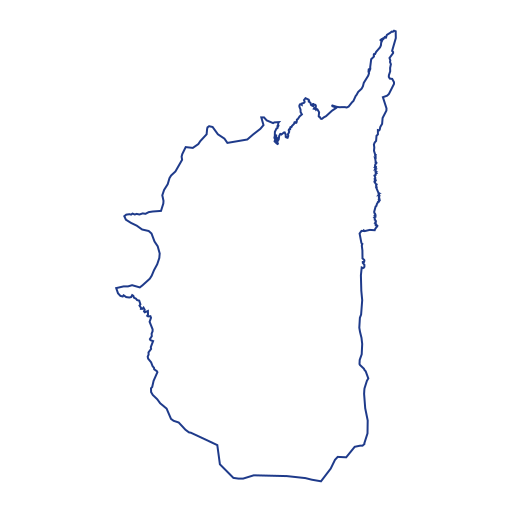 Rutshuru, Nord-Kivu, Democratic Republic of the Congo (Natural Earth projection)
{"feature_id": "63176286B25642850349509", "entity_name": "Rutshuru", "entity_type": "district", "adm_level": 2, "iso_a3": "COD", "parent_name": "Democratic Republic of the Congo", "parent_adm1": "Nord-Kivu", "projection": "natural_earth1", "projection_center": [29.515, -0.961], "detail": "fine", "context": "isolated", "style": "outline", "palette": "blue", "viewbox_px": 512, "rotation_deg": 0, "n_neighbors": 0, "source": "geoboundaries", "source_scale": "gbopen_adm2", "svg_char_len": 6061}
<svg xmlns="http://www.w3.org/2000/svg" viewBox="0 0 512 512"><path d="M162.3,195.3L163.5,200.9L163.3,203.6L161.0,210.9L152.8,211.5L148.8,212.1L145.5,213.8L142.7,213.4L139.4,214.5L136.6,213.9L134.8,214.5L132.5,213.6L131.1,214.6L129.5,214.2L126.3,214.6L124.3,216.2L125.9,219.7L131.0,222.9L136.8,225.7L142.1,229.5L148.7,231.0L151.5,233.5L154.5,241.5L157.7,246.3L159.7,253.5L159.3,258.0L157.2,264.3L154.0,270.2L151.7,275.7L149.8,278.7L142.4,285.4L139.8,287.4L132.1,285.2L128.0,286.4L123.6,286.4L116.2,288.1L118.0,293.3L120.4,295.9L122.7,296.5L123.6,295.3L126.2,297.1L129.3,297.5L131.1,297.1L132.2,295.1L133.3,295.8L134.0,297.7L136.0,298.7L137.1,300.1L139.2,300.6L140.4,304.3L139.5,305.6L141.0,307.8L140.9,308.9L142.3,308.9L143.5,307.6L144.7,309.8L144.0,311.4L144.8,312.3L147.9,311.0L148.0,314.6L147.2,315.8L148.1,316.4L150.4,316.2L151.0,317.8L149.6,321.8L152.6,329.3L152.6,331.2L151.6,333.7L151.8,336.2L149.9,339.1L150.5,340.2L153.1,341.1L150.8,347.1L151.1,348.9L148.5,352.4L148.6,354.6L147.7,356.6L148.1,358.6L151.1,362.3L152.6,366.2L154.0,367.8L154.2,369.3L156.9,371.2L157.4,372.2L153.6,380.8L152.2,387.0L151.0,388.3L151.1,392.1L152.8,395.0L157.2,399.2L160.2,403.3L166.6,408.6L171.0,418.9L173.6,420.8L178.7,422.5L185.4,429.7L189.0,432.4L190.8,432.7L217.3,445.1L219.9,464.3L233.4,477.9L238.5,478.6L243.1,478.6L253.8,475.3L286.9,476.1L305.4,478.1L311.8,479.7L321.0,481.3L330.7,468.6L335.0,459.8L337.7,456.9L346.2,457.3L354.7,446.8L360.0,445.7L362.5,445.7L364.4,444.0L364.4,443.1L367.5,433.4L367.7,420.5L365.2,408.2L364.1,393.9L364.3,390.2L364.5,388.4L366.9,380.8L368.3,378.4L365.7,371.3L364.5,370.0L363.9,368.7L359.9,364.9L359.5,364.0L359.7,359.9L361.7,354.3L362.2,344.0L361.5,337.9L360.0,331.8L359.3,327.7L359.9,317.7L361.1,314.6L362.2,300.2L361.3,290.7L360.9,275.3L361.7,267.5L363.0,268.1L363.9,267.6L364.4,266.8L364.4,264.8L362.8,262.9L362.8,262.0L364.1,261.9L364.4,260.6L364.2,259.9L362.5,258.4L362.4,250.4L361.8,245.7L362.3,244.0L361.8,243.8L361.3,242.5L359.6,233.5L361.5,230.9L363.5,231.0L363.8,230.4L364.7,231.1L369.7,229.9L374.7,230.2L375.0,229.3L376.6,226.9L377.2,226.5L377.4,225.8L376.6,225.1L376.1,225.4L375.7,225.1L375.9,224.5L375.6,224.4L375.7,223.5L375.0,223.1L375.9,221.9L375.6,221.5L375.8,220.9L375.0,219.8L374.8,219.1L375.1,218.5L374.7,218.8L374.6,217.7L374.3,217.4L375.5,216.8L375.4,216.0L374.8,215.4L375.5,215.0L375.1,213.8L374.3,212.8L374.2,211.7L375.6,206.5L376.4,205.9L376.9,203.9L377.3,203.5L377.9,202.0L378.7,201.9L379.1,201.2L378.7,199.7L379.2,199.0L379.5,199.2L379.2,197.7L378.9,197.7L378.9,196.5L379.4,196.0L379.5,195.5L379.1,194.9L378.6,195.0L379.0,194.5L379.0,194.1L378.7,194.3L378.5,193.3L378.9,193.2L378.5,193.0L376.1,187.3L376.6,187.1L376.1,185.6L376.6,184.5L376.1,184.3L374.4,181.8L374.7,181.0L375.2,180.8L375.3,181.1L375.8,180.4L375.3,179.3L375.0,179.3L375.0,180.0L374.8,179.7L374.7,179.0L375.2,178.9L375.3,177.8L374.6,175.9L374.9,175.9L375.0,175.2L375.6,175.0L375.7,173.5L376.2,173.3L375.8,173.0L375.6,172.1L376.2,171.8L375.5,171.4L375.7,170.5L375.2,169.6L375.8,169.1L375.5,169.0L375.6,168.6L375.1,168.9L375.7,167.2L374.9,167.1L375.3,166.5L375.0,166.4L375.1,165.0L375.5,164.1L376.0,163.6L375.7,162.8L376.3,162.6L375.6,161.5L375.3,159.1L375.5,158.6L375.1,158.5L374.9,157.7L375.5,157.9L375.6,157.6L375.6,156.0L375.2,155.5L375.6,154.9L375.2,154.7L374.0,150.8L374.3,147.5L373.9,144.5L374.7,142.5L376.1,140.9L376.5,135.8L377.9,134.4L377.9,130.1L379.1,130.4L379.7,129.7L380.3,126.9L382.1,123.9L382.6,118.0L386.4,110.6L386.5,108.4L382.9,97.2L387.1,95.7L388.9,94.0L394.0,83.9L394.0,82.2L392.2,78.9L389.8,78.6L388.8,76.9L388.9,75.2L390.2,71.3L390.1,67.9L390.9,64.2L390.0,62.0L390.3,60.4L389.5,58.0L393.1,53.1L393.1,52.0L392.1,50.9L395.8,38.1L395.7,31.3L394.0,30.7L392.8,31.8L391.7,31.6L390.1,32.9L387.0,34.8L386.6,35.5L386.0,37.7L385.6,37.7L385.3,37.1L384.8,37.0L384.1,38.0L383.3,38.2L383.3,39.0L382.6,39.0L382.1,39.6L381.5,39.2L380.5,40.1L381.4,41.2L382.0,40.9L381.2,42.6L380.9,45.4L380.0,47.4L376.1,51.9L375.1,54.0L374.0,54.1L373.7,55.0L374.0,56.0L373.9,56.6L371.2,59.2L370.2,67.0L370.3,68.9L369.2,71.6L368.8,70.9L369.0,69.2L368.7,69.4L368.5,71.6L369.0,73.3L368.2,75.7L363.8,82.8L362.9,86.3L361.6,88.7L358.2,91.9L356.5,95.0L355.7,95.9L353.4,101.0L352.0,102.3L348.6,106.6L346.7,107.5L344.8,107.1L339.3,107.2L336.6,106.8L332.4,105.5L332.2,105.8L332.4,106.2L335.7,107.4L336.1,108.0L332.0,110.7L326.0,116.2L323.9,117.3L322.0,118.8L321.2,118.9L320.6,118.5L320.0,117.2L319.2,116.9L318.7,116.3L319.1,112.3L317.5,109.5L316.8,109.0L316.0,109.8L315.6,109.1L313.8,108.7L314.1,108.1L315.7,107.2L315.9,106.0L315.4,104.9L314.3,104.9L313.5,104.0L313.0,104.0L312.6,104.4L313.0,105.1L313.1,106.0L312.5,105.9L311.0,104.9L310.4,102.7L308.8,101.6L309.1,100.8L308.7,100.3L308.7,99.7L305.5,98.2L304.0,100.1L304.6,101.7L304.5,102.3L303.9,102.9L301.6,103.6L301.7,104.8L300.8,104.3L299.9,104.4L299.4,105.5L299.4,106.7L300.5,109.5L300.6,112.1L301.9,114.4L299.6,116.4L297.8,119.1L296.9,119.6L296.7,121.9L296.3,122.8L295.9,122.9L295.0,122.1L294.5,122.3L294.0,123.9L292.0,125.9L291.4,127.2L290.5,127.1L290.0,128.3L290.1,129.3L288.9,129.5L288.7,130.5L289.2,131.8L288.3,133.8L287.8,134.2L288.3,135.8L287.6,137.8L287.2,137.8L286.7,137.0L286.0,137.2L285.7,136.9L285.7,134.8L284.7,132.4L284.1,132.4L281.4,134.5L280.6,133.9L280.2,134.0L279.2,135.9L278.7,139.5L277.6,141.0L277.4,142.5L277.9,143.7L277.5,144.0L276.2,143.0L276.3,141.9L275.1,141.9L274.6,141.4L275.3,139.0L275.7,139.1L276.0,139.9L276.6,140.2L277.5,138.5L277.3,138.2L276.6,138.5L276.3,138.2L276.2,135.4L275.8,135.3L275.8,136.7L275.2,137.2L274.9,138.4L274.6,138.3L274.4,137.6L274.8,136.1L274.9,131.8L276.5,128.5L277.4,128.2L277.6,127.3L278.3,126.0L277.6,125.8L278.1,124.9L278.3,122.8L278.9,122.1L274.3,122.4L273.1,123.1L266.7,120.4L264.0,117.4L261.3,117.4L263.5,125.1L260.3,128.9L253.2,134.4L247.3,139.5L227.4,142.9L224.4,138.6L217.9,134.3L212.6,127.0L209.1,126.2L207.5,127.4L207.1,129.1L206.6,134.3L200.3,141.1L198.3,144.1L192.8,147.9L185.7,147.1L182.3,154.0L181.6,156.6L182.1,159.8L175.4,171.5L171.1,175.5L169.5,178.1L167.7,184.2L164.1,189.9L162.3,195.3Z" fill="none" stroke="#1e3a8a" stroke-width="2"/></svg>